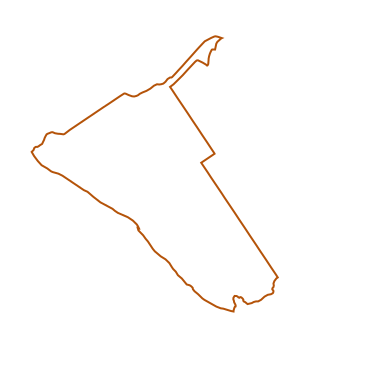 an SVG outline of Namibia, rotated 326°
{"feature_id": "NAM", "entity_name": "Namibia", "entity_type": "country or territory", "adm_level": 0, "iso_a3": "NAM", "parent_name": "Africa", "parent_adm1": "", "projection": "equal_earth", "projection_center": [18.141, -22.953], "detail": "fine", "context": "isolated", "style": "outline", "palette": "amber", "viewbox_px": 384, "rotation_deg": 326, "n_neighbors": 0, "source": "natural_earth", "source_scale": "50m", "svg_char_len": 2855}
<svg xmlns="http://www.w3.org/2000/svg" viewBox="0 0 384 384"><g transform="rotate(326 192 192)"><path d="M272.1,77.7L275.6,76.8L278.9,76.0L282.8,75.1L286.0,74.4L286.8,74.2L294.2,75.0L297.5,75.6L298.6,76.1L300.1,77.6L302.8,81.1L302.1,81.0L297.0,81.7L295.1,82.6L290.8,86.8L289.9,86.2L288.9,85.4L288.0,85.1L286.1,86.1L284.2,87.3L282.1,89.0L280.4,90.7L279.8,91.5L277.1,94.9L276.2,95.5L275.5,95.7L275.2,95.6L274.8,94.1L273.2,90.7L270.6,86.2L269.9,85.8L269.4,85.6L267.4,85.8L261.7,87.1L256.9,88.2L249.6,90.0L241.7,91.5L236.8,92.4L232.6,92.6L232.6,97.0L232.5,106.0L232.5,114.9L232.5,123.8L232.4,132.7L232.4,141.6L232.3,150.5L232.3,159.4L232.2,168.2L232.2,172.1L232.1,172.9L229.7,172.9L224.2,172.9L219.7,172.9L216.0,172.9L216.0,178.2L216.0,184.4L215.9,190.6L215.9,196.8L215.9,202.9L215.9,209.1L215.8,215.3L215.8,221.4L215.8,227.6L215.8,232.2L215.8,232.8L215.7,241.8L215.7,251.3L215.6,260.7L215.6,270.2L215.5,279.7L215.5,289.1L215.4,298.5L215.4,307.9L215.3,310.8L213.7,310.8L210.5,311.9L208.4,313.4L207.5,315.3L206.3,316.4L204.8,316.8L204.1,317.7L204.3,319.2L203.7,320.3L202.4,321.1L200.3,320.9L197.3,319.6L193.6,319.3L189.0,320.0L185.7,319.7L183.7,318.4L181.6,317.7L179.4,317.5L178.1,317.0L175.4,316.0L174.9,314.4L174.6,313.2L173.8,311.9L173.7,310.8L174.3,310.1L174.4,308.8L174.0,307.0L173.2,306.1L172.2,306.2L171.6,305.5L171.3,304.1L170.7,303.1L169.2,302.0L167.3,302.8L166.3,304.0L165.8,305.9L165.3,306.9L165.1,308.5L165.0,309.6L164.5,310.9L164.0,311.3L163.4,311.1L162.5,311.6L160.3,313.4L159.6,314.3L157.9,312.6L152.7,306.2L150.8,304.5L148.1,300.6L142.0,288.4L141.1,286.0L139.9,280.1L138.6,275.7L138.4,273.1L139.0,271.7L138.6,269.7L137.9,268.0L135.9,265.7L135.2,258.0L133.8,253.1L134.0,249.0L133.3,245.2L133.3,242.8L133.5,238.3L132.4,233.0L130.1,227.9L128.0,220.4L127.7,217.2L127.8,208.4L127.4,204.8L127.3,200.6L126.5,196.2L126.1,193.9L126.7,192.0L127.0,192.6L127.6,192.9L128.0,190.3L128.1,188.1L127.0,182.6L124.7,177.0L118.9,167.9L117.5,164.4L116.7,161.5L110.3,149.4L107.5,140.8L105.5,133.4L103.4,130.0L93.7,106.0L91.5,102.1L87.6,97.5L86.7,96.0L85.2,91.6L82.3,85.7L81.5,80.1L81.2,73.9L81.5,69.1L84.1,68.6L85.9,67.3L87.6,67.2L89.2,68.2L90.9,68.3L91.6,68.2L94.7,68.3L96.5,67.2L98.6,66.0L99.8,65.0L101.5,64.0L103.7,62.9L105.0,63.0L106.6,63.4L108.7,63.8L109.9,64.5L111.3,66.7L113.5,68.8L115.1,70.0L116.9,71.6L117.5,72.2L118.3,72.5L118.8,72.6L122.2,72.4L125.3,72.2L128.6,72.2L134.9,72.2L141.2,72.2L147.4,72.2L153.7,72.2L160.0,72.2L166.2,72.2L172.5,72.3L178.8,72.3L181.3,72.3L185.8,72.3L190.5,72.4L191.0,72.5L191.6,73.0L192.0,73.4L193.7,76.2L195.8,79.1L197.5,80.5L199.7,81.3L201.6,81.6L203.5,81.4L206.6,81.8L210.8,82.7L215.3,83.0L219.9,82.6L223.2,83.1L225.0,84.6L226.9,85.5L228.9,86.1L231.6,85.8L234.9,84.7L237.8,84.8L239.1,85.6L239.9,85.6L244.8,84.5L248.8,83.5L254.8,82.1L259.7,80.8L267.0,79.0L272.1,77.7Z" fill="none" stroke="#b45309" stroke-width="2"/></g></svg>